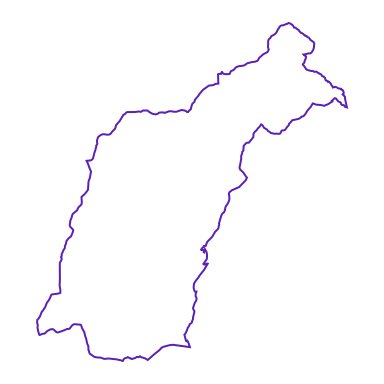 Valea Ierii, Cluj, Romania
{"feature_id": "2599482B95290613359909", "entity_name": "Valea Ierii", "entity_type": "district", "adm_level": 2, "iso_a3": "ROU", "parent_name": "Romania", "parent_adm1": "Cluj", "projection": "orthographic", "projection_center": [23.285, 46.581], "detail": "fine", "context": "isolated", "style": "outline", "palette": "violet", "viewbox_px": 384, "rotation_deg": 0, "n_neighbors": 0, "source": "geoboundaries", "source_scale": "gbopen_adm2", "svg_char_len": 5867}
<svg xmlns="http://www.w3.org/2000/svg" viewBox="0 0 384 384"><path d="M147.7,360.0L154.3,354.2L159.1,350.4L161.7,347.7L163.4,346.8L169.4,345.2L173.0,344.8L189.9,347.1L188.7,343.5L187.7,341.2L186.8,341.2L186.8,340.5L185.9,340.6L184.4,334.6L185.1,334.0L185.9,332.7L186.4,331.3L187.1,330.1L187.6,328.2L189.0,326.0L189.8,324.1L191.4,323.1L191.9,322.3L192.3,320.6L192.9,319.4L193.1,317.2L194.4,311.9L194.4,311.3L193.3,309.1L193.0,308.1L194.7,303.0L196.0,301.0L196.6,298.9L196.4,297.7L195.6,296.1L195.6,294.4L196.4,291.6L195.1,291.7L194.5,290.9L193.8,288.7L193.6,287.0L194.1,283.5L195.6,281.0L198.4,277.5L199.6,275.5L204.2,269.7L207.7,263.7L207.1,263.5L204.6,264.6L203.7,264.3L203.4,263.9L206.7,259.3L206.8,258.8L207.1,256.3L206.8,253.1L206.3,251.6L205.0,249.2L204.0,252.3L203.7,252.0L203.6,250.7L203.1,249.9L201.4,250.0L201.1,249.7L202.5,247.7L203.6,246.9L204.0,245.9L205.8,245.8L206.7,243.1L207.3,241.8L212.2,236.8L215.1,231.8L217.8,229.2L218.3,228.4L218.5,228.0L218.6,226.5L219.2,224.8L219.0,223.2L219.7,221.5L219.8,220.1L220.4,218.8L221.2,215.8L222.3,213.7L224.2,212.0L224.9,210.2L225.4,207.4L225.8,206.4L227.5,204.0L228.7,201.6L229.4,199.3L229.3,196.4L228.8,194.1L229.3,192.4L232.0,190.2L239.1,187.1L245.9,180.1L246.4,178.7L247.0,177.7L245.4,175.7L243.8,173.2L242.6,171.8L240.2,169.6L239.6,168.1L239.5,167.0L239.9,166.0L241.2,158.8L241.2,155.8L242.1,153.5L242.3,151.8L243.4,150.5L243.6,146.2L244.6,144.7L246.6,142.8L249.0,142.6L249.2,142.3L252.9,137.7L253.4,136.8L253.5,134.0L253.8,133.1L255.7,130.9L256.3,130.6L258.1,128.1L259.3,127.1L261.2,124.4L262.5,125.2L263.9,127.7L267.1,129.6L268.0,131.0L269.3,131.7L270.7,132.9L274.6,133.8L276.7,133.6L278.4,133.9L280.0,133.6L280.6,132.9L281.3,131.2L281.9,130.6L282.5,130.3L284.0,130.3L285.0,129.9L287.4,126.6L288.6,125.5L289.1,123.7L290.6,122.3L292.1,120.3L298.5,118.9L300.5,117.8L301.6,116.7L303.4,116.2L305.1,114.4L307.5,110.5L310.9,106.7L312.4,104.0L312.9,103.4L316.0,104.6L320.5,105.0L324.4,105.8L325.8,105.0L327.5,104.5L332.3,101.5L331.8,100.8L332.3,100.5L334.3,98.4L335.2,98.2L335.9,98.5L338.3,101.4L340.4,102.4L340.8,102.8L341.1,104.0L341.8,104.8L343.9,105.2L345.0,106.8L346.9,107.4L345.0,98.5L344.9,96.6L342.6,94.4L343.0,93.9L343.6,93.9L343.7,92.6L343.2,90.9L342.5,89.9L341.4,89.7L341.0,89.3L341.0,88.8L338.3,88.4L336.7,87.3L335.2,86.8L334.0,87.3L333.4,87.1L332.9,87.4L332.4,86.2L331.6,85.5L331.0,84.0L329.5,82.2L328.6,81.5L328.0,81.9L327.1,80.8L325.8,80.4L325.5,80.0L325.0,77.8L324.5,77.5L323.6,76.5L322.2,76.2L321.5,74.9L320.5,74.0L319.5,73.8L319.3,73.4L317.6,72.7L317.3,72.2L316.4,71.7L315.6,71.6L314.4,71.9L312.6,70.9L311.1,71.0L306.9,69.8L305.7,68.5L303.9,65.7L302.8,64.7L303.1,63.9L304.3,62.7L304.9,60.0L305.5,59.3L306.1,56.8L305.9,56.3L304.0,55.1L303.5,54.5L306.0,54.1L308.1,53.4L310.3,53.4L311.6,52.4L313.2,49.9L314.0,47.2L314.0,45.7L314.3,43.9L313.7,42.2L310.6,40.0L308.8,37.6L307.4,37.1L306.8,36.2L305.2,35.8L304.8,35.1L304.3,35.0L303.3,34.0L301.9,33.1L301.1,33.0L299.4,31.2L298.6,30.0L296.5,28.7L295.6,27.7L294.1,27.6L293.1,25.7L292.2,24.8L291.1,24.2L290.8,23.7L288.5,23.0L287.4,23.8L286.9,23.8L283.2,25.3L282.0,25.3L280.9,25.7L279.8,26.5L279.0,28.0L278.1,29.1L276.3,32.7L274.6,34.4L271.4,36.1L270.4,37.9L269.1,39.0L268.4,40.1L268.1,41.9L268.2,44.3L267.9,46.9L268.7,49.4L268.0,51.2L267.4,52.1L263.2,54.3L258.9,58.2L258.4,59.5L257.5,60.8L255.1,61.7L251.8,62.1L247.2,63.3L244.5,65.3L241.7,65.9L238.7,66.2L236.9,66.8L235.6,67.7L233.7,69.9L230.8,71.3L229.6,74.0L226.2,74.2L224.1,74.0L222.6,73.2L222.2,72.1L221.9,72.0L221.6,72.4L221.1,73.9L219.1,73.9L218.1,74.2L218.0,74.5L218.2,78.0L218.2,80.5L218.4,83.6L215.3,83.9L213.9,84.8L213.1,85.1L208.9,85.6L202.9,89.9L199.6,93.8L198.2,96.0L195.0,99.7L194.4,101.9L192.4,103.7L191.5,106.2L190.8,109.3L189.3,110.3L188.1,112.0L187.2,112.1L186.1,111.2L184.6,110.5L181.5,110.0L176.6,111.7L174.7,111.8L170.3,111.2L169.0,111.3L164.6,112.9L163.1,112.4L160.0,112.5L158.9,112.8L158.2,113.5L157.1,114.0L155.5,114.4L152.3,113.7L149.4,112.1L147.8,110.7L147.0,110.5L143.0,110.5L141.3,111.7L140.5,111.8L138.8,111.5L135.2,112.0L127.1,112.1L126.2,112.6L125.0,114.0L123.3,115.0L119.4,121.5L118.7,122.0L117.5,123.6L116.1,125.0L115.5,127.6L114.9,128.9L112.2,131.6L110.8,133.6L109.6,134.4L108.5,134.7L106.8,134.7L104.0,134.2L102.5,134.3L100.6,135.1L98.3,136.9L97.9,137.6L96.9,140.8L97.3,143.8L97.1,144.4L96.2,145.6L96.2,147.3L95.7,148.2L95.6,149.4L94.3,153.2L93.1,158.1L92.3,159.4L90.7,160.4L86.6,160.8L87.5,162.6L89.4,167.7L91.1,171.8L90.6,173.3L90.4,175.1L89.7,178.4L88.8,180.5L88.4,182.5L88.4,184.1L88.2,185.8L88.1,189.1L87.8,190.1L85.6,193.0L84.0,194.7L81.8,196.6L81.5,197.1L81.8,202.3L81.6,204.0L80.9,205.0L78.5,207.3L77.1,210.3L72.8,213.9L72.3,214.9L71.6,217.6L70.4,220.4L69.7,225.4L69.9,226.1L70.6,227.1L73.1,229.7L73.2,230.8L72.5,232.9L71.0,236.4L68.4,238.5L66.5,241.0L65.7,244.5L65.0,245.8L64.8,248.0L64.5,248.7L63.8,249.5L61.6,254.4L61.7,255.9L61.0,257.1L61.6,258.0L61.7,258.9L61.2,260.6L60.3,261.8L59.8,263.8L59.9,279.5L59.6,285.5L60.4,290.1L60.3,292.9L59.3,293.3L56.2,293.9L52.0,294.4L51.3,294.9L49.7,298.7L48.6,300.5L46.8,302.9L45.2,307.1L42.7,310.8L41.9,311.6L40.8,314.1L40.3,315.7L39.0,318.0L37.3,319.9L37.1,322.3L37.2,323.2L37.8,324.8L37.5,327.4L38.1,331.1L39.3,334.8L39.7,335.0L42.3,333.9L44.8,333.5L45.5,332.9L46.7,331.5L47.7,330.8L50.1,329.5L52.1,329.1L52.8,329.2L53.9,329.8L56.5,332.2L57.3,332.4L58.5,332.3L64.9,330.0L66.7,329.1L69.5,328.8L72.1,325.4L73.7,324.3L74.4,324.2L80.5,324.7L81.1,325.1L82.0,328.0L84.4,332.4L85.0,335.5L86.1,338.5L87.2,343.6L88.3,346.1L88.5,350.1L89.0,351.2L89.3,352.6L89.8,353.6L90.4,354.1L94.4,356.9L96.3,357.3L101.0,357.7L104.2,358.9L108.7,358.5L116.8,359.4L120.8,360.3L122.8,361.0L123.0,360.8L123.6,359.3L124.5,358.5L125.8,357.9L127.2,357.6L127.8,357.1L129.8,358.2L130.7,358.3L131.3,358.9L131.8,359.0L135.2,358.0L136.9,356.9L138.8,357.1L140.0,356.3L141.0,357.1L145.2,358.4L147.7,360.0Z" fill="none" stroke="#5b21b6" stroke-width="2"/></svg>